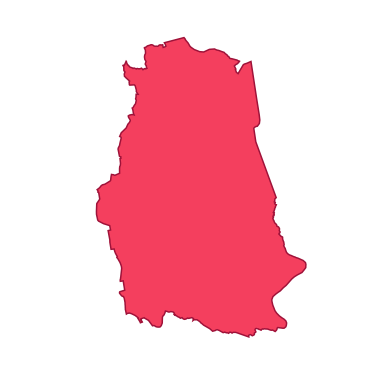 Piojó, Atlántico, Colombia (orthographic projection), rotated 259°
{"feature_id": "7082276B86748293561123", "entity_name": "Piojó", "entity_type": "district", "adm_level": 2, "iso_a3": "COL", "parent_name": "Colombia", "parent_adm1": "Atlántico", "projection": "orthographic", "projection_center": [-75.155, 10.743], "detail": "fine", "context": "isolated", "style": "filled", "palette": "rose", "viewbox_px": 384, "rotation_deg": 259, "n_neighbors": 0, "source": "geoboundaries", "source_scale": "gbopen_adm2", "svg_char_len": 5976}
<svg xmlns="http://www.w3.org/2000/svg" viewBox="0 0 384 384"><g transform="rotate(259 192 192)"><path d="M84.7,104.3L85.2,105.6L85.1,107.5L84.1,109.4L81.6,112.7L78.7,115.2L78.5,115.3L78.3,114.8L74.5,116.2L73.5,116.4L73.8,118.4L74.3,118.3L74.3,118.1L75.5,117.8L75.8,117.5L76.2,117.5L76.6,117.3L76.9,117.4L76.8,117.9L77.3,118.0L77.7,121.1L77.3,121.3L74.3,124.8L68.2,127.7L68.2,129.0L68.0,129.6L66.9,130.6L66.2,131.9L65.8,133.3L65.6,134.8L66.1,135.6L66.8,136.4L69.1,137.8L74.0,138.9L74.8,139.1L75.7,139.7L76.7,141.1L78.7,142.5L80.2,143.2L79.5,144.8L78.7,145.9L78.5,147.2L78.7,148.4L77.9,150.4L77.3,151.1L76.5,151.4L75.4,151.0L75.2,151.7L75.0,151.9L74.4,151.6L74.3,152.4L73.9,152.5L73.7,152.7L73.3,153.3L72.4,154.1L71.1,156.0L70.6,156.2L70.4,156.5L70.3,156.8L70.6,158.2L69.0,159.3L68.4,160.6L68.6,162.2L69.1,163.5L68.6,164.7L68.7,167.9L67.5,169.3L67.0,168.9L66.7,169.0L65.7,168.5L66.2,169.6L65.6,172.6L63.3,174.9L61.6,175.9L61.2,176.4L59.1,178.0L54.5,183.3L51.4,185.7L51.6,188.5L52.0,189.5L52.0,190.5L50.9,192.3L48.1,195.6L48.0,196.1L48.2,197.4L47.3,198.7L47.0,200.0L46.3,201.0L47.0,202.0L47.2,202.5L46.7,203.7L46.2,203.9L45.9,204.7L46.4,205.6L46.1,207.0L46.1,207.5L45.4,209.0L38.9,220.1L40.5,220.3L40.9,221.6L40.8,222.3L39.4,223.7L39.5,224.4L40.0,225.8L40.4,226.1L41.6,226.3L41.8,226.7L42.1,227.6L42.5,228.0L43.3,227.9L44.4,227.5L45.1,227.7L45.7,228.3L45.8,229.0L45.3,230.0L45.0,231.0L44.4,231.4L43.8,232.8L43.5,233.0L43.2,233.4L43.2,233.6L43.8,234.1L44.0,234.8L44.1,235.4L43.8,235.9L43.9,237.1L43.6,237.8L43.0,240.2L42.0,241.8L41.2,243.3L41.1,244.8L39.2,247.0L40.1,248.4L40.9,249.1L42.1,249.6L42.6,250.3L41.3,254.2L40.9,255.4L40.8,256.6L41.8,258.4L43.2,259.2L45.4,259.9L47.6,259.5L49.6,258.1L51.2,256.4L53.7,254.1L56.9,252.0L59.6,250.8L65.7,249.7L69.6,249.6L71.1,249.8L73.9,251.5L75.8,254.7L77.2,257.6L78.1,259.8L80.7,263.5L82.4,266.6L87.6,273.4L89.3,276.4L90.6,279.8L92.0,284.6L94.1,287.1L96.0,289.2L99.2,290.0L101.1,289.9L103.6,288.0L106.9,283.3L107.7,281.7L108.6,280.6L109.0,279.7L110.9,277.0L111.6,275.7L112.9,274.4L114.6,273.3L116.7,272.9L118.8,272.7L121.1,271.9L121.9,271.8L122.4,272.3L122.9,272.4L125.5,272.5L127.2,272.1L128.6,272.0L130.4,272.3L130.8,272.0L131.0,271.5L131.4,271.3L131.8,270.6L132.7,270.3L133.2,269.8L133.9,269.7L134.2,269.3L135.0,269.8L135.2,270.5L135.9,270.8L136.2,270.8L136.9,270.4L137.4,270.3L138.0,270.6L139.5,270.9L141.1,270.3L141.6,269.8L142.1,268.9L144.0,268.7L146.0,267.3L147.3,267.0L148.5,266.9L149.1,266.5L149.9,266.5L150.7,266.3L151.4,267.0L151.8,266.8L152.8,266.9L153.2,267.3L152.9,267.6L153.1,267.9L153.4,268.1L154.1,267.9L154.2,268.3L154.5,268.5L155.3,268.4L156.0,268.8L156.2,268.5L156.1,268.0L156.4,267.9L157.2,268.7L158.3,269.2L158.9,269.7L159.8,269.9L161.0,270.9L161.8,271.1L162.6,271.8L163.4,272.3L163.5,272.0L164.0,271.3L164.9,271.3L165.1,271.1L165.8,271.8L166.1,271.7L166.6,270.9L167.8,271.6L168.3,271.7L169.2,272.0L169.7,272.4L170.1,273.2L170.5,273.6L170.8,273.5L229.1,264.2L242.7,264.8L243.4,265.5L243.8,266.4L244.1,267.3L244.1,268.7L246.4,271.2L249.7,272.3L254.8,272.7L270.0,273.2L308.9,274.8L307.9,270.5L307.6,267.9L307.2,266.7L299.4,259.8L301.1,258.4L304.0,258.0L304.3,258.5L307.6,257.6L308.7,259.3L309.0,260.5L310.1,262.3L311.3,263.6L311.7,263.1L311.8,262.6L312.9,261.4L315.0,257.0L316.0,254.6L318.0,253.9L318.5,253.1L320.0,252.5L321.5,251.0L322.9,250.2L324.1,248.1L325.8,245.4L326.7,243.3L328.1,241.4L328.7,236.3L327.2,230.2L328.3,226.3L331.4,221.4L334.3,218.6L335.7,217.7L339.0,216.6L341.8,215.0L342.8,214.5L343.2,214.6L345.1,213.6L343.8,193.4L342.0,194.0L340.1,194.2L339.6,192.9L339.4,191.3L342.1,191.3L342.1,190.3L342.5,188.9L342.5,188.2L342.3,187.5L341.9,187.0L341.6,186.2L341.7,185.5L342.0,184.8L342.1,183.5L342.6,182.6L343.6,181.7L344.1,180.9L344.4,179.9L344.2,178.8L343.9,176.0L343.1,174.7L342.8,173.0L342.6,172.7L340.2,173.3L337.2,172.9L336.4,172.5L335.4,171.7L333.6,171.1L331.2,171.0L328.9,171.8L326.6,170.5L325.8,170.6L324.6,171.3L323.3,171.0L322.6,171.2L322.1,171.4L321.9,170.4L321.7,170.2L322.2,168.7L322.0,168.4L321.7,167.9L321.4,167.2L323.2,166.1L323.1,165.3L322.9,164.8L322.9,164.0L323.1,163.5L323.1,163.0L323.7,161.9L323.7,161.4L323.4,160.9L324.8,158.7L324.5,157.7L325.2,157.1L325.9,155.9L326.2,155.3L326.7,154.7L327.9,154.1L328.2,153.8L328.6,153.7L329.2,153.0L331.4,152.5L332.5,152.5L332.9,152.3L329.6,150.0L329.3,149.6L329.6,149.1L329.5,148.5L329.2,148.3L328.3,148.9L327.9,148.9L324.1,148.3L323.5,148.7L322.6,149.1L320.7,148.0L318.4,147.8L317.7,148.4L316.8,148.9L312.9,151.8L312.8,151.5L312.5,151.5L311.6,151.2L310.8,151.2L309.6,151.0L309.0,151.1L308.8,151.3L308.2,155.7L308.0,156.0L307.0,156.5L302.7,156.8L301.1,156.5L298.2,157.7L298.6,155.8L295.6,155.1L294.2,154.4L292.7,154.8L289.9,153.6L289.2,153.2L288.2,152.0L286.3,150.4L286.0,150.1L285.8,149.3L283.9,149.6L280.2,149.5L278.8,149.8L279.1,149.3L279.5,147.6L279.4,145.2L278.8,143.9L277.3,144.0L274.4,145.1L273.7,145.0L272.1,143.7L270.8,142.0L267.4,139.6L263.7,133.9L260.3,131.6L259.7,132.5L259.0,132.8L258.5,132.8L254.1,130.8L251.4,129.7L249.4,128.1L248.2,127.6L240.9,127.6L240.4,128.1L240.2,128.8L238.6,128.6L238.5,127.7L233.7,127.3L231.8,126.7L230.7,125.9L228.6,125.3L224.2,124.5L223.1,119.5L224.1,117.9L224.3,116.9L224.6,116.3L222.4,115.4L219.1,114.4L218.5,113.9L216.3,108.1L216.1,105.3L215.2,103.6L214.2,102.6L213.6,101.7L212.4,99.3L211.1,99.9L209.8,99.6L209.6,100.0L209.1,100.3L202.9,100.1L202.3,99.8L198.9,96.4L198.4,96.2L191.2,94.5L188.3,94.0L182.6,94.1L182.0,94.3L181.2,94.8L177.8,99.1L174.7,104.8L170.2,104.8L170.1,102.3L160.7,102.2L158.2,101.8L151.2,101.6L150.9,104.7L148.7,104.8L146.4,105.2L143.5,106.1L143.1,106.4L142.0,105.7L140.9,106.4L136.5,107.9L134.2,108.3L132.3,108.5L130.5,108.4L129.1,108.0L122.0,105.8L121.0,105.4L120.4,105.3L119.3,104.7L118.0,104.6L117.9,107.5L108.4,107.2L107.9,102.3L107.7,101.9L106.9,101.6L106.4,101.6L103.9,102.9L103.1,103.5L102.7,104.1L102.7,104.5L102.3,104.8L100.8,105.2L96.4,105.2L93.7,104.8L92.8,104.8L91.8,104.5L90.9,104.5L89.8,104.2L84.7,104.3Z" fill="#f43f5e" stroke="#9f1239" stroke-width="1.5"/></g></svg>